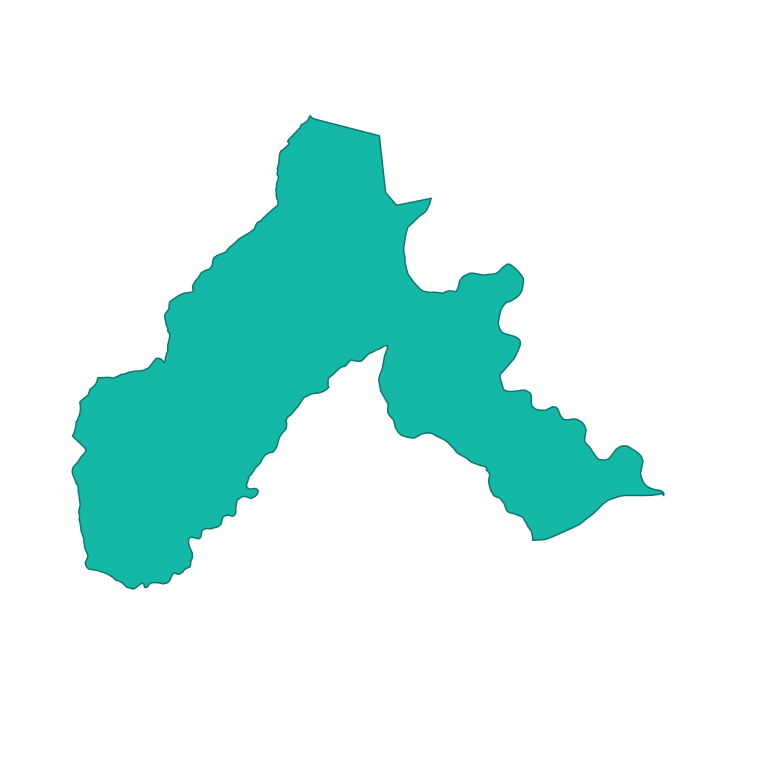 Phuentsholing, Chhukha, Bhutan (Albers equal-area conic projection), rotated 191°
{"feature_id": "84629894B40040749916025", "entity_name": "Phuentsholing", "entity_type": "district", "adm_level": 2, "iso_a3": "BTN", "parent_name": "Bhutan", "parent_adm1": "Chhukha", "projection": "albers", "projection_center": [89.394, 26.918], "detail": "fine", "context": "isolated", "style": "filled", "palette": "teal", "viewbox_px": 768, "rotation_deg": 191, "n_neighbors": 0, "source": "geoboundaries", "source_scale": "gbopen_adm2", "svg_char_len": 6163}
<svg xmlns="http://www.w3.org/2000/svg" viewBox="0 0 768 768"><g transform="rotate(191 384 384)"><path d="M88.2,328.1L88.2,329.7L89.5,331.0L92.3,332.2L97.9,331.9L103.8,332.8L107.1,334.1L110.4,336.7L113.4,341.0L115.2,345.2L115.1,357.6L116.7,360.6L118.6,362.9L122.5,365.3L129.9,368.3L133.5,369.5L136.9,369.0L140.2,367.7L143.7,364.1L148.3,354.7L149.5,353.2L152.5,351.4L158.1,350.9L160.4,351.8L166.4,357.3L169.0,360.4L171.1,362.1L174.3,364.0L175.7,365.6L176.6,368.3L176.9,377.6L179.5,381.7L182.6,384.4L187.2,385.9L190.8,386.0L197.6,383.7L199.6,383.5L201.8,384.0L204.8,386.7L208.7,392.7L210.8,394.1L214.3,393.8L220.4,388.9L226.5,388.1L229.3,388.1L230.8,388.5L234.3,390.3L235.3,392.2L237.2,400.3L237.9,401.9L239.1,403.1L243.3,404.7L245.8,404.7L256.9,401.0L260.8,400.5L263.3,400.7L265.7,401.4L271.4,412.5L271.7,415.1L271.4,416.5L269.7,418.9L261.0,433.9L259.5,439.3L257.8,447.5L257.7,449.0L258.4,451.9L260.1,453.7L262.8,455.0L265.4,455.6L275.8,456.5L278.3,457.5L281.5,460.9L283.4,465.1L283.7,469.3L283.5,478.5L282.3,482.6L279.6,487.4L276.0,489.1L270.4,494.2L268.2,497.4L266.5,501.6L266.5,510.5L267.5,514.3L270.8,517.8L273.7,520.2L276.7,522.2L282.5,525.2L284.2,525.5L285.8,525.1L289.3,521.6L293.5,515.3L295.4,513.8L298.6,512.4L302.7,511.4L305.6,510.2L308.7,509.8L317.5,509.8L320.6,509.2L326.3,505.2L328.1,502.6L329.4,499.5L329.5,494.4L330.5,488.8L331.4,488.4L337.5,488.0L340.9,486.4L343.4,484.4L352.4,483.7L356.1,482.7L358.7,482.6L363.4,482.6L366.6,484.0L373.8,489.2L381.1,496.0L384.3,502.1L386.5,507.4L387.7,512.8L389.7,517.3L390.7,521.6L391.2,535.6L390.6,541.9L389.5,543.9L386.3,548.1L381.9,554.7L376.8,560.2L375.3,562.8L373.4,570.2L373.2,575.2L405.8,561.8L419.0,572.3L435.9,626.7L504.0,630.9L507.8,633.0L509.3,627.8L511.8,624.9L514.7,622.7L515.4,619.3L524.4,605.4L524.8,603.6L522.9,602.0L523.2,601.0L527.6,595.1L529.7,592.9L530.2,590.4L530.2,588.4L529.4,580.2L529.8,574.9L528.9,573.0L529.0,569.3L527.2,567.7L527.0,566.1L527.0,564.1L527.7,560.3L527.0,557.1L527.3,555.7L527.1,553.6L526.3,551.3L525.8,548.8L524.7,545.8L523.1,543.7L522.4,541.1L522.4,539.6L522.9,538.4L525.6,535.4L534.1,524.1L535.9,520.6L538.2,519.3L539.6,517.2L541.0,511.3L544.5,507.3L553.9,498.9L557.6,493.5L561.8,488.6L564.6,483.3L572.6,478.1L574.4,476.1L575.4,474.2L575.4,467.2L577.3,463.2L580.9,461.5L584.6,458.3L586.8,452.5L588.5,449.9L590.5,444.0L590.1,441.5L588.9,439.6L590.2,437.5L597.3,435.1L602.1,431.9L607.6,426.5L610.2,423.4L609.5,416.3L612.2,410.9L612.1,408.0L608.9,400.4L606.7,397.4L606.4,394.6L604.0,392.4L603.3,388.4L603.7,381.0L603.0,377.7L602.6,374.6L603.2,372.2L603.5,367.5L603.3,364.4L603.6,363.2L607.7,365.9L610.1,366.2L612.6,365.6L617.1,356.8L618.7,354.3L620.8,353.0L622.3,351.7L626.7,350.1L631.0,349.1L637.0,346.7L640.9,344.1L644.1,343.1L646.8,340.6L648.1,340.2L649.1,339.1L650.7,338.1L655.0,338.1L666.0,335.5L666.3,333.3L666.0,332.3L666.8,329.6L667.4,327.8L671.6,322.4L672.3,316.8L676.3,312.1L678.9,308.6L679.0,307.3L678.3,306.0L677.4,302.9L676.9,298.2L677.0,295.8L677.6,293.4L677.8,290.6L679.0,287.8L678.3,283.8L678.8,277.7L679.8,273.4L666.4,264.8L664.0,262.8L664.0,261.2L664.8,258.8L667.2,255.1L669.7,248.9L673.3,243.0L673.5,239.7L673.1,237.6L670.9,233.6L668.9,230.9L667.0,227.4L666.1,226.6L665.0,226.2L663.4,219.4L662.3,217.3L660.6,211.5L659.2,208.0L659.3,200.2L657.5,196.0L657.4,193.3L657.0,192.0L655.8,189.6L653.0,181.4L649.0,174.6L648.5,171.8L647.5,169.5L647.1,167.3L646.3,166.5L645.7,164.9L642.5,160.2L641.9,158.7L641.9,155.9L643.1,152.8L642.8,150.4L641.9,148.9L640.9,147.6L639.4,146.5L637.9,146.0L629.4,146.2L621.2,145.1L617.5,144.2L612.8,142.3L610.2,140.4L606.9,140.2L603.1,138.9L597.8,135.5L592.9,135.0L590.7,135.0L588.1,137.4L585.0,141.1L583.3,142.6L581.6,141.6L580.2,138.7L577.7,139.4L576.6,142.0L575.3,143.8L572.8,145.0L567.6,145.8L562.7,145.7L559.8,146.9L557.9,148.3L557.4,149.2L556.8,150.6L555.6,156.1L554.4,157.9L553.5,158.6L550.2,158.0L548.4,158.3L545.7,161.0L544.5,163.6L543.3,164.9L539.6,167.5L539.4,170.0L539.9,172.7L539.0,177.0L539.2,178.9L540.1,181.7L544.0,187.1L545.6,190.5L546.1,194.3L545.8,195.2L545.1,196.2L543.8,197.0L536.4,196.7L534.8,198.2L534.6,205.4L532.8,207.2L530.7,208.3L527.1,208.7L520.7,211.6L518.7,213.2L517.3,215.2L517.1,216.4L517.1,221.0L516.8,222.0L515.3,224.1L512.1,225.6L507.8,225.3L505.8,226.4L505.0,228.9L505.2,231.2L505.7,232.4L506.2,240.2L505.8,242.1L502.0,246.2L499.2,247.1L492.5,246.4L489.2,248.9L487.4,251.6L487.1,253.4L487.2,255.5L489.0,256.6L490.5,256.8L492.2,256.5L494.8,255.3L496.5,255.4L499.0,256.2L499.8,259.5L499.3,261.5L498.8,267.8L497.3,269.5L496.5,271.1L494.3,276.9L490.5,282.6L488.8,288.2L487.0,291.6L484.2,294.3L480.2,296.0L479.4,296.9L477.3,301.8L476.6,311.2L474.6,316.4L472.2,320.1L471.5,321.9L471.9,326.4L473.1,329.1L472.9,331.4L472.0,333.5L469.8,335.7L467.8,338.7L466.4,341.9L464.4,345.1L460.5,354.4L458.6,356.7L456.9,357.5L455.8,358.6L452.8,360.7L446.6,362.7L443.8,364.1L441.6,365.6L439.0,368.2L437.6,370.4L438.6,371.6L439.5,376.3L439.7,377.7L439.1,380.0L436.5,382.8L434.4,385.6L431.9,389.5L430.1,391.5L428.9,392.7L425.9,393.9L425.0,394.8L421.4,401.0L420.3,401.3L414.3,401.2L411.1,401.9L409.4,403.7L406.3,408.7L404.3,411.2L401.6,412.8L398.2,415.8L395.1,417.6L390.8,421.5L388.0,422.4L387.4,420.1L388.8,411.6L388.6,398.6L389.9,391.4L390.0,387.5L389.2,385.1L385.8,376.3L377.3,366.5L375.9,364.5L375.4,359.3L374.6,356.5L371.9,353.6L367.8,350.6L364.5,343.4L360.7,339.3L357.8,337.3L355.7,336.7L351.1,336.3L344.9,336.4L342.7,337.6L337.7,342.0L333.4,343.9L329.7,344.7L326.3,344.4L323.8,343.3L313.6,340.6L309.9,338.7L301.4,332.6L300.1,331.1L298.8,330.3L296.9,329.5L289.0,327.1L285.8,325.1L282.8,323.9L274.9,322.6L270.0,322.3L266.8,321.1L267.2,319.2L264.2,317.1L263.2,315.8L262.9,314.7L262.9,309.2L261.5,305.1L258.7,299.6L257.5,298.5L255.4,295.7L252.4,294.6L248.2,294.0L243.3,289.6L240.0,284.0L238.7,282.7L236.9,281.8L231.5,281.4L224.3,280.3L221.6,279.1L220.2,277.0L217.7,274.6L214.8,270.6L211.8,268.2L210.7,266.4L208.5,261.0L208.2,259.0L198.2,261.5L194.9,262.8L188.0,267.2L171.3,278.9L164.7,284.1L158.3,291.8L154.7,295.6L151.4,300.0L147.8,305.7L144.4,310.0L141.2,313.1L136.9,315.6L131.3,318.8L125.7,320.7L108.7,323.9L101.5,325.5L93.3,328.0L90.6,329.5L88.2,328.1Z" fill="#14b8a6" stroke="#0f766e" stroke-width="1.5"/></g></svg>